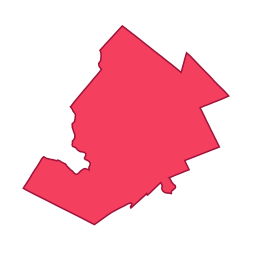 outline of Mosteni, Teleorman, Romania, rotated 8°
{"feature_id": "2599482B94185736439228", "entity_name": "Mosteni", "entity_type": "district", "adm_level": 2, "iso_a3": "ROU", "parent_name": "Romania", "parent_adm1": "Teleorman", "projection": "natural_earth1", "projection_center": [25.488, 44.193], "detail": "fine", "context": "isolated", "style": "filled", "palette": "rose", "viewbox_px": 256, "rotation_deg": 8, "n_neighbors": 0, "source": "geoboundaries", "source_scale": "gbopen_adm2", "svg_char_len": 5486}
<svg xmlns="http://www.w3.org/2000/svg" viewBox="0 0 256 256"><g transform="rotate(8 128 128)"><path d="M223.3,82.3L222.9,81.9L220.0,79.5L217.5,77.5L215.6,76.1L210.9,72.7L210.4,72.4L209.6,71.6L207.5,70.1L201.5,65.1L196.2,61.1L191.8,57.7L179.0,47.6L175.5,45.4L172.9,65.6L169.5,63.5L162.5,59.2L157.5,56.4L154.4,54.5L151.9,53.0L150.1,52.0L148.5,51.1L143.7,48.4L142.1,47.4L140.6,46.5L137.5,44.7L131.5,41.2L127.0,38.5L121.7,35.4L117.4,33.0L112.9,30.4L108.1,27.7L102.8,35.4L99.9,39.7L93.5,48.9L92.9,49.9L91.3,52.2L89.4,55.0L90.4,56.5L90.6,56.9L90.8,57.6L91.2,59.5L91.5,62.9L91.5,64.8L91.5,65.2L91.4,65.4L90.5,67.0L90.3,67.5L90.1,67.9L90.1,68.2L90.1,68.7L90.3,69.5L90.5,70.1L90.9,70.9L91.4,71.5L92.4,72.6L92.6,72.9L93.6,73.6L92.1,76.2L91.3,77.5L90.1,79.5L86.4,85.2L85.1,87.4L80.7,94.5L79.5,96.2L73.1,106.6L71.6,108.9L69.1,113.4L68.3,115.0L68.2,115.0L68.4,115.3L68.8,115.6L69.1,116.1L69.7,116.6L70.3,117.3L70.7,118.0L70.9,118.3L71.1,118.7L71.4,119.1L72.5,120.1L73.1,120.7L73.6,121.4L74.1,122.3L74.2,122.7L74.3,125.7L74.3,126.6L74.2,127.8L74.2,128.1L74.1,128.6L74.0,129.1L74.0,129.3L73.7,129.7L73.3,130.2L72.9,130.7L72.5,131.2L72.3,131.5L72.2,131.8L72.2,132.2L72.2,132.5L72.5,133.3L72.6,134.0L72.6,134.5L72.7,135.0L72.9,135.5L73.6,136.8L74.0,137.6L74.6,139.0L74.9,139.5L75.2,140.0L75.4,140.6L75.6,140.8L75.9,141.1L76.0,141.3L76.1,141.6L76.2,142.1L76.4,142.5L76.4,142.9L76.4,143.3L76.4,143.5L76.6,144.2L76.7,144.4L76.7,144.7L76.6,145.0L76.6,145.3L76.5,145.6L76.2,146.2L76.1,146.5L76.1,146.9L76.0,147.2L75.4,147.8L75.1,148.2L74.9,148.8L74.8,149.1L74.8,149.3L75.0,149.9L75.1,150.1L75.0,150.6L75.1,151.2L75.0,152.2L75.1,152.6L75.2,153.0L75.4,153.4L75.6,153.7L76.0,154.0L76.3,154.1L77.0,154.2L77.3,154.2L77.7,154.4L78.4,154.6L78.9,154.7L79.3,155.0L79.6,155.3L79.9,155.7L80.2,155.9L80.8,156.4L81.0,156.6L81.4,156.7L81.8,157.1L82.1,157.3L82.3,157.4L82.8,157.4L82.9,157.5L83.4,157.9L83.8,158.0L84.3,158.0L84.7,158.1L84.9,158.1L85.4,158.0L86.7,158.1L87.4,158.2L88.2,158.3L88.6,158.5L89.2,158.8L89.5,159.0L89.8,159.3L89.9,159.6L90.0,160.0L90.0,160.4L90.0,160.9L89.7,161.9L89.3,162.9L89.1,163.5L89.1,164.0L89.3,164.5L89.6,164.7L90.1,165.1L90.3,165.2L90.7,165.2L91.1,165.4L91.9,165.5L92.6,165.9L93.0,166.0L93.3,166.1L93.6,166.3L94.1,166.6L94.8,167.2L95.0,167.3L95.1,167.5L95.2,167.8L95.3,168.2L95.5,168.7L95.6,169.0L95.6,169.7L95.6,169.9L95.6,170.0L95.4,170.2L95.4,170.4L95.2,170.9L95.0,171.6L94.9,172.1L94.8,172.7L94.9,173.3L95.0,174.0L95.2,174.5L95.2,174.8L94.8,174.4L93.9,174.6L93.4,174.6L92.8,174.5L92.2,174.3L91.9,174.2L91.6,174.2L91.3,174.2L90.3,174.4L89.6,174.9L88.9,175.4L88.0,176.3L86.9,177.4L86.2,178.4L85.7,179.2L85.1,179.8L84.5,180.4L84.2,180.7L83.8,180.9L83.4,181.0L83.0,181.1L82.7,181.0L81.1,180.2L80.7,180.0L80.0,179.3L79.5,178.8L79.1,178.5L78.2,178.0L77.4,177.6L76.9,177.5L76.7,177.4L76.6,177.2L76.3,176.9L76.0,176.7L75.7,176.4L75.3,176.2L75.1,176.0L74.9,175.8L74.8,175.6L74.7,175.5L74.2,175.4L73.4,174.6L72.8,174.2L72.3,173.7L71.9,173.1L71.7,172.9L71.3,172.6L71.1,172.4L70.7,172.1L69.7,171.9L68.4,171.5L67.0,171.0L65.7,170.4L65.1,170.1L64.1,169.8L63.7,169.7L63.3,169.6L62.8,169.6L62.7,169.7L62.6,169.8L62.5,170.0L62.3,170.3L62.1,170.3L60.7,170.1L59.8,170.2L59.6,170.1L59.1,170.0L58.7,169.9L58.2,169.8L57.0,169.9L56.5,169.9L55.4,169.8L54.1,169.6L52.4,169.5L51.3,169.4L51.0,169.4L50.0,168.8L49.0,168.4L48.7,168.2L48.4,168.3L47.7,169.2L47.6,169.3L46.9,170.3L46.6,171.1L46.2,172.1L44.9,175.4L42.8,180.0L41.2,183.2L39.0,188.2L38.3,190.0L37.1,192.8L36.2,194.8L35.6,196.0L33.7,200.0L32.7,202.3L34.7,203.1L45.4,206.9L47.8,207.7L55.6,210.3L64.0,213.2L70.7,215.5L76.4,217.4L88.6,221.5L98.4,224.9L103.5,226.7L108.2,228.3L110.6,226.0L112.7,224.0L120.0,217.0L121.2,216.0L123.6,213.8L127.1,211.2L131.0,208.4L134.9,205.7L136.7,204.4L138.5,203.1L139.1,202.7L139.4,202.7L139.8,202.5L140.4,202.1L140.6,202.0L140.9,202.1L142.2,202.0L142.3,202.3L142.3,203.5L142.2,203.7L142.0,204.2L141.8,204.5L141.7,204.9L141.5,205.1L141.4,205.5L141.5,205.7L141.6,206.2L141.7,206.4L141.8,206.6L142.0,206.8L145.1,203.1L149.3,198.1L151.9,194.9L153.3,193.3L154.6,191.6L155.6,190.3L156.4,191.8L156.5,191.8L156.7,191.7L159.3,188.6L160.9,186.4L162.3,184.7L165.7,180.3L166.8,178.9L168.0,177.5L168.8,178.6L169.4,179.6L170.1,180.8L170.2,181.0L169.9,181.6L169.8,182.1L169.8,182.3L169.8,182.6L169.9,183.0L170.4,184.3L170.5,184.5L170.7,184.9L171.1,185.3L171.4,185.6L171.8,185.9L173.5,186.8L173.8,186.9L174.0,186.9L174.7,186.9L176.2,186.9L177.0,186.8L177.3,186.8L177.7,186.8L178.9,186.8L179.6,187.0L180.1,186.9L180.1,186.7L179.9,185.8L179.9,185.3L179.9,184.8L180.0,184.4L180.2,184.0L180.5,183.7L180.9,183.4L181.2,183.2L181.4,183.0L181.6,182.8L181.7,182.3L181.9,182.0L182.0,181.9L182.5,181.7L182.9,181.2L183.1,180.8L183.2,180.4L183.3,180.0L183.2,179.7L183.1,179.2L183.0,178.9L182.8,178.6L182.7,178.4L182.3,178.1L181.7,177.9L180.8,177.2L180.4,177.0L180.0,176.7L179.6,176.3L179.3,175.9L179.0,175.5L178.8,175.3L178.6,175.2L178.4,175.1L178.1,174.7L178.0,174.2L177.9,174.0L177.8,173.9L177.6,173.7L177.4,173.4L176.6,172.5L176.4,172.2L176.1,171.8L175.6,171.6L176.7,170.9L177.1,170.8L177.9,170.2L178.4,170.0L179.4,169.4L180.8,168.5L182.0,167.8L187.5,164.7L189.0,163.8L189.6,163.4L192.3,161.9L193.8,161.1L194.3,160.8L191.7,156.9L190.2,154.7L188.7,152.3L221.1,134.1L217.8,129.2L212.2,121.0L211.3,119.7L210.4,118.5L209.1,116.5L207.2,113.6L206.3,112.3L204.7,110.1L203.6,108.3L199.4,102.0L198.3,100.4L196.5,97.9L200.5,95.5L204.3,93.5L209.9,90.2L211.8,89.2L217.2,86.1L220.5,84.0L223.3,82.3Z" fill="#f43f5e" stroke="#9f1239" stroke-width="1.5"/></g></svg>